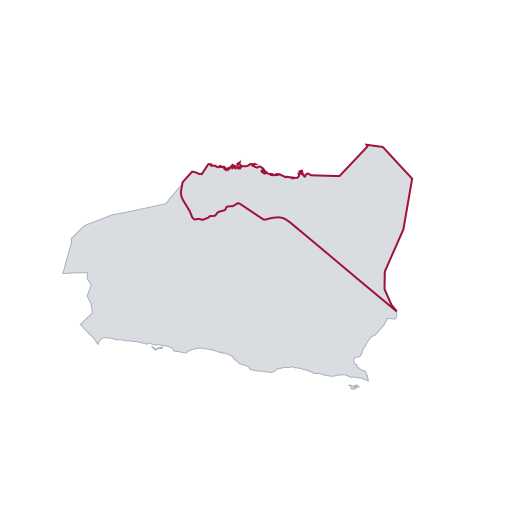 Saudi Arabia, with Ash Sharqiyah highlighted, rotated 304°
{"feature_id": "SAU-1098", "entity_name": "Ash Sharqiyah", "entity_type": "Region", "adm_level": 1, "iso_a3": "SAU", "parent_name": "Saudi Arabia", "parent_adm1": "", "projection": "equal_earth", "projection_center": [49.771, 23.094], "detail": "fine", "context": "in_parent", "style": "outline", "palette": "rose", "viewbox_px": 512, "rotation_deg": 304, "n_neighbors": 0, "source": "natural_earth", "source_scale": "10m", "svg_char_len": 9423}
<svg xmlns="http://www.w3.org/2000/svg" viewBox="0 0 512 512"><g transform="rotate(304 256 256)"><path d="M360.4,363.3L316.6,371.2L314.2,372.0L300.5,381.0L291.1,396.1L288.9,403.2L287.7,404.3L285.8,405.7L284.1,406.7L281.5,406.6L278.4,401.1L277.6,399.9L276.9,399.9L271.0,400.7L258.7,399.2L256.7,398.8L254.0,397.0L253.3,396.6L252.6,396.5L246.3,396.4L243.1,397.0L240.1,396.8L237.0,397.1L235.8,397.8L234.6,397.8L233.8,398.4L233.2,398.7L232.4,398.2L231.4,398.3L229.9,397.8L229.0,396.6L228.1,395.6L227.2,395.0L226.2,394.6L225.3,394.6L224.2,395.3L223.5,395.9L221.7,398.0L221.6,398.7L222.4,399.9L222.1,400.5L221.1,401.2L220.8,403.2L220.6,404.3L220.4,406.8L220.8,408.9L221.4,409.6L221.5,410.5L221.1,412.2L220.1,412.7L219.4,414.4L219.0,415.2L218.2,416.0L215.2,419.0L215.1,417.3L214.2,414.7L214.1,413.0L213.7,411.2L212.9,409.8L211.5,408.4L211.3,406.5L210.3,404.5L208.8,403.0L208.1,400.1L207.5,396.4L203.8,391.4L199.1,386.8L197.7,384.2L195.4,378.9L194.3,374.8L191.2,370.0L191.0,368.2L190.6,365.9L189.9,363.4L189.5,361.4L186.5,352.8L185.5,351.5L184.6,349.5L184.4,348.0L184.2,347.2L182.0,345.8L179.9,342.2L173.8,336.5L170.7,335.9L168.3,333.9L166.5,331.2L164.7,326.6L161.5,321.6L158.8,314.5L159.8,312.0L159.8,310.2L159.0,307.1L158.1,304.8L157.5,302.6L158.1,299.4L158.4,295.8L159.0,293.9L159.4,291.9L159.0,287.7L158.1,285.5L158.3,284.0L157.2,283.3L156.4,281.7L157.3,281.7L155.7,279.4L155.2,278.2L154.6,275.2L153.9,272.8L151.5,267.6L150.4,264.4L147.8,260.3L144.9,257.2L143.1,255.8L142.3,254.6L140.7,254.5L139.1,252.7L138.0,252.7L136.5,252.4L134.9,248.9L133.6,245.6L131.3,241.4L131.9,240.3L132.7,238.5L132.4,236.2L132.1,234.6L131.1,231.7L127.9,224.5L127.0,223.4L125.5,222.2L124.7,219.1L124.4,216.3L122.0,214.9L118.3,204.9L116.1,201.4L115.2,199.0L112.6,195.1L111.4,191.3L108.8,187.7L106.7,181.6L103.2,175.4L101.7,174.4L97.9,173.9L96.3,173.5L94.8,174.8L94.7,173.1L95.9,170.8L97.6,165.8L98.1,161.5L101.0,148.7L117.0,152.0L117.8,151.8L124.3,145.8L128.0,139.0L128.8,138.3L139.7,135.7L140.1,135.4L142.5,129.3L142.8,128.9L143.1,128.6L147.9,125.5L140.8,115.3L133.4,105.7L163.8,95.6L164.4,95.4L166.7,93.0L179.8,95.6L184.9,96.7L186.5,97.6L209.9,113.9L221.4,125.6L248.6,151.7L249.0,151.9L273.9,154.5L276.5,153.9L283.4,154.9L290.2,156.0L291.5,159.1L292.0,161.3L292.4,163.4L293.8,165.3L299.5,165.2L305.5,165.1L306.3,167.0L306.7,168.9L308.3,173.4L310.5,177.0L311.0,178.3L311.4,180.2L311.0,180.9L310.8,181.8L312.5,183.7L315.3,185.3L316.3,185.8L317.6,186.5L316.6,187.6L318.2,190.2L320.1,192.9L322.1,193.5L324.9,197.5L329.0,200.1L331.5,203.5L331.3,203.5L330.5,203.2L329.6,202.7L329.3,203.1L329.4,204.6L329.6,206.3L330.9,207.7L332.1,208.8L332.5,210.7L331.6,215.0L331.3,215.0L330.7,214.6L330.1,214.6L329.7,214.8L330.5,217.9L331.2,220.2L332.2,222.1L332.9,224.9L333.6,226.0L336.2,228.9L337.1,231.4L337.8,235.9L339.5,238.5L340.4,240.4L341.7,242.1L342.5,244.3L343.6,246.1L344.2,246.5L345.1,246.7L346.1,246.7L347.5,246.3L348.8,245.8L349.9,246.7L351.1,246.6L351.2,247.4L350.4,248.5L349.5,251.4L350.8,251.8L352.1,252.0L353.0,252.5L353.5,252.5L353.5,253.1L353.6,255.8L353.9,256.8L369.0,280.6L408.7,287.1L409.0,287.1L410.0,285.4L417.3,300.1L407.4,342.2L360.4,363.3ZM202.5,411.6L203.7,411.8L203.2,411.1L203.1,410.8L203.6,409.8L205.4,411.8L205.3,414.2L205.1,414.7L204.6,414.2L204.3,413.7L204.3,413.2L203.8,412.6L202.1,413.0L201.0,412.3L199.5,410.3L199.2,408.9L199.8,408.6L200.5,407.9L200.9,406.7L200.5,405.5L201.4,405.7L201.9,406.9L202.0,409.7L202.1,410.3L201.8,410.9L202.5,411.6ZM127.4,229.8L127.0,229.8L125.9,228.4L125.3,227.4L124.7,226.7L121.8,225.3L121.5,224.4L121.9,223.5L122.2,224.4L122.7,224.9L125.1,226.2L127.8,228.9L128.2,229.1L127.4,229.8ZM122.9,223.0L122.8,223.3L122.1,222.6L122.2,221.0L122.8,220.1L122.7,221.3L122.9,222.5L122.9,223.0Z" fill="#d9dde1" stroke="#a8b0b8" stroke-width="1"/><path d="M341.7,242.9L342.9,245.2L343.6,246.2L344.4,246.6L345.3,246.8L346.2,246.8L347.0,246.5L348.0,245.4L348.1,245.6L348.9,245.5L349.3,245.9L349.4,246.1L349.4,246.3L349.2,246.4L349.2,246.6L349.3,246.9L349.3,247.6L349.7,247.6L349.9,247.4L350.3,246.5L350.7,246.0L350.8,245.8L350.8,245.3L351.0,245.5L351.6,245.6L351.7,246.1L352.2,246.1L352.4,246.3L352.4,246.5L351.6,246.9L351.5,247.2L351.4,247.2L351.0,247.7L350.8,248.3L349.9,249.1L349.5,250.0L349.4,251.2L349.1,251.3L349.0,252.0L350.1,252.2L350.4,252.1L350.9,251.7L351.1,251.7L352.1,252.0L352.4,252.2L352.9,252.8L353.5,253.1L353.6,253.9L353.6,255.8L353.7,256.3L353.9,256.8L368.7,280.2L369.0,280.5L369.4,280.6L408.7,287.1L409.0,287.1L410.0,285.4L417.0,299.6L417.2,300.0L417.2,300.5L407.4,342.2L360.5,363.3L315.6,371.4L314.1,372.1L300.7,380.9L300.3,381.2L291.2,395.7L291.0,396.4L289.1,402.8L288.7,403.6L293.9,352.0L298.3,310.6L302.9,265.6L303.0,260.9L302.8,258.4L302.4,256.9L301.7,255.1L301.1,253.8L300.5,252.8L296.6,248.0L291.2,243.2L290.9,242.8L290.6,242.1L290.4,241.1L290.3,213.5L290.1,212.5L289.8,211.7L289.3,211.3L284.4,208.9L284.1,208.7L283.8,208.3L283.4,207.5L280.9,204.6L280.6,204.3L280.3,204.2L279.9,204.1L277.6,204.6L276.9,204.5L276.2,204.2L272.4,200.9L271.4,200.3L270.8,200.0L270.1,199.8L267.6,199.7L266.9,199.6L266.6,199.4L265.9,198.9L264.5,197.2L263.6,195.8L263.3,195.5L262.9,195.3L261.5,195.1L260.8,194.8L256.5,191.8L256.1,191.4L255.8,190.9L255.6,190.3L255.2,188.6L255.0,188.1L254.7,187.6L254.1,186.9L252.7,185.7L252.1,184.7L251.9,184.3L251.9,183.9L251.9,183.2L252.1,182.6L252.5,181.4L252.8,180.8L255.4,177.1L256.2,175.8L261.7,163.9L262.7,162.3L263.9,160.7L265.4,159.1L267.5,157.7L274.8,154.5L275.0,154.3L276.6,153.9L290.2,155.9L291.1,157.8L291.9,160.5L292.1,162.1L292.4,163.3L292.6,163.8L293.6,164.7L293.7,165.3L305.3,165.1L305.7,165.6L306.3,166.0L306.5,167.0L306.5,167.7L306.3,168.1L306.0,168.0L305.9,168.3L306.2,168.3L306.4,168.2L306.6,168.0L306.7,167.7L306.9,167.8L306.9,168.0L306.7,168.4L306.6,168.9L306.7,169.6L306.9,170.1L308.1,171.7L308.2,172.0L308.0,172.3L307.9,172.7L307.9,173.1L308.0,173.6L308.7,174.9L308.6,175.2L309.4,175.6L310.1,175.6L310.8,176.0L310.7,176.4L310.4,176.4L310.1,176.5L310.0,176.9L310.5,177.6L310.8,177.9L311.1,178.0L311.5,178.7L312.1,179.5L312.0,180.1L312.0,180.6L312.0,180.8L311.7,181.5L311.6,181.3L311.6,180.8L311.6,180.5L311.8,180.1L311.7,179.8L311.5,180.1L311.2,180.9L311.0,181.1L311.3,180.0L311.2,179.6L311.0,179.9L310.7,181.3L310.6,181.7L310.6,181.9L310.6,182.0L310.8,182.0L310.8,181.9L310.9,181.5L311.1,181.4L311.1,182.3L311.1,182.5L311.3,182.5L311.4,182.3L311.5,182.1L311.6,182.3L311.6,182.9L311.8,183.0L311.9,182.9L312.1,182.5L312.1,182.9L312.0,183.1L312.1,183.3L311.8,183.5L312.0,184.0L311.6,183.8L311.4,184.0L311.7,184.2L312.0,184.2L312.3,183.6L312.5,183.9L312.3,184.1L312.3,184.5L312.4,184.9L312.6,184.9L312.7,184.7L312.5,184.3L312.6,184.1L312.8,184.0L313.5,183.9L313.7,184.0L314.2,184.6L314.8,184.9L314.9,185.2L314.6,185.4L314.8,185.6L315.0,185.5L315.1,185.4L315.0,185.2L315.6,185.4L316.1,185.4L316.7,185.2L317.6,185.4L317.8,185.7L318.2,186.3L318.5,186.5L318.7,187.4L318.4,187.3L318.4,187.1L318.4,186.8L318.0,187.3L317.1,187.2L316.8,187.5L316.7,187.5L316.6,187.2L316.3,187.2L315.8,187.5L316.4,187.8L316.7,188.2L316.9,188.2L317.1,188.5L317.4,188.1L317.6,187.8L318.0,188.1L317.8,188.4L317.4,188.8L317.3,189.8L317.7,189.6L318.0,189.3L318.2,189.2L318.7,189.5L318.6,189.9L318.8,191.1L318.8,192.0L318.8,192.4L319.1,192.3L319.1,192.7L319.2,192.8L319.4,192.8L319.5,192.6L319.4,192.3L319.6,192.1L319.8,192.1L320.0,192.3L320.1,192.2L320.2,192.4L320.0,193.2L319.9,193.3L319.5,193.3L319.6,193.5L320.0,193.6L320.1,193.8L320.3,193.7L320.6,193.1L320.7,193.3L320.5,193.6L321.0,193.6L321.7,193.8L321.9,193.8L321.5,193.3L321.4,193.0L321.6,192.7L321.8,192.7L322.1,193.0L322.4,192.9L322.7,192.6L322.5,193.4L322.5,193.7L322.6,194.4L323.0,194.7L323.3,195.1L324.2,196.7L324.6,197.4L325.2,197.8L325.7,198.3L326.7,198.9L327.3,199.4L328.3,199.5L328.8,199.8L329.2,200.3L330.0,201.6L330.3,202.1L331.4,203.1L331.6,203.4L331.7,204.0L331.0,203.2L330.6,202.9L329.6,202.7L329.4,202.5L329.3,201.7L329.2,201.9L329.0,202.2L329.0,202.5L329.0,203.0L329.0,203.3L329.3,203.8L329.3,205.4L329.7,206.9L329.9,207.3L330.1,207.6L330.4,207.8L331.7,208.3L332.2,208.8L332.4,209.5L332.5,210.4L332.5,212.7L332.5,213.2L332.3,213.6L332.0,213.8L332.0,213.5L331.9,213.4L331.7,213.4L331.6,213.7L331.7,214.2L331.7,215.0L331.4,216.3L331.2,216.1L331.1,215.8L331.1,215.2L330.6,214.5L330.4,214.4L330.3,213.8L330.2,213.5L329.9,213.1L329.7,213.0L329.1,214.0L328.9,214.2L328.9,214.5L329.2,214.9L329.4,215.5L329.1,215.7L329.1,215.8L329.2,216.7L329.1,217.0L329.3,217.2L329.6,217.0L329.7,216.7L329.6,216.3L330.0,216.8L330.3,217.2L330.8,217.3L330.9,217.6L331.0,217.9L331.2,218.3L331.2,218.5L330.9,218.8L331.1,219.8L331.4,220.9L331.7,221.6L332.6,222.9L333.0,223.7L333.2,224.7L332.8,223.7L332.7,223.5L332.1,223.2L331.9,222.8L331.7,222.6L331.4,223.0L331.5,223.3L331.9,223.6L332.0,223.8L332.1,223.5L332.3,223.5L332.8,225.0L334.6,227.8L335.0,228.2L334.8,227.3L335.1,227.1L335.2,227.6L335.4,227.8L335.6,228.1L336.4,228.5L336.5,228.7L336.8,229.6L336.7,229.7L336.9,230.1L337.3,231.2L337.3,231.7L337.2,232.6L337.3,232.9L337.7,234.1L337.7,234.4L337.7,235.3L337.8,236.1L337.9,236.6L338.1,236.8L338.2,236.4L338.6,236.8L339.2,237.8L339.5,238.1L339.8,239.5L340.2,239.8L340.5,240.2L340.6,240.9L340.6,242.2L341.0,243.2L341.2,243.4L341.4,243.3L341.7,242.9ZM322.2,189.1L322.9,189.5L324.5,190.1L324.2,190.2L323.5,189.9L323.2,190.0L322.6,190.5L322.4,190.3L322.1,190.2L322.4,190.0L322.4,189.8L322.2,189.6L321.4,189.7L321.2,190.0L320.9,190.6L320.9,190.1L321.1,189.6L321.6,189.2L322.0,189.1L322.2,189.1Z" fill="none" stroke="#9f1239" stroke-width="2"/></g></svg>